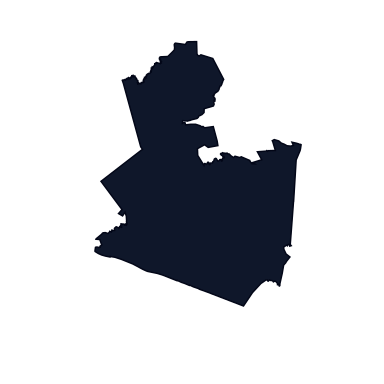 the district of Palsmanes pag., Smiltenes, Latvia, rotated 225°
{"feature_id": "27541924B2832200646893", "entity_name": "Palsmanes pag.", "entity_type": "district", "adm_level": 2, "iso_a3": "LVA", "parent_name": "Latvia", "parent_adm1": "Smiltenes", "projection": "orthographic", "projection_center": [26.198, 57.386], "detail": "fine", "context": "isolated", "style": "filled", "palette": "ink", "viewbox_px": 384, "rotation_deg": 225, "n_neighbors": 0, "source": "geoboundaries", "source_scale": "gbopen_adm2", "svg_char_len": 6030}
<svg xmlns="http://www.w3.org/2000/svg" viewBox="0 0 384 384"><g transform="rotate(225 192 192)"><path d="M75.0,147.8L78.1,163.6L78.6,176.1L78.1,178.6L77.5,182.1L76.9,182.7L76.7,183.0L75.4,182.7L75.1,182.8L75.0,183.3L75.1,184.2L75.0,184.6L73.7,185.1L72.8,186.0L72.1,186.2L70.9,186.0L70.5,187.7L70.0,187.6L68.7,188.2L68.1,187.9L67.3,187.9L66.2,187.1L66.2,187.8L65.9,188.0L63.9,187.2L63.7,187.3L63.7,187.9L65.0,189.3L70.7,198.3L75.5,205.1L75.7,208.3L76.1,209.5L76.8,215.3L81.7,214.7L86.7,216.5L88.3,218.1L87.4,221.5L86.6,221.5L87.1,222.6L86.7,223.3L86.4,223.5L84.6,222.8L83.9,224.2L85.6,224.4L85.7,224.7L114.3,258.0L114.2,258.0L141.0,288.3L144.8,297.6L145.7,299.1L148.3,302.6L148.8,302.5L150.3,301.4L150.9,301.3L152.9,300.2L156.5,297.9L153.2,296.6L154.7,294.2L157.5,291.9L160.6,291.0L163.5,289.7L166.7,289.5L170.9,287.2L171.5,285.0L170.5,284.7L162.4,280.3L167.3,275.1L167.3,274.2L168.4,274.2L168.5,273.3L174.2,266.7L165.5,264.1L169.9,255.8L167.6,256.2L169.7,254.3L173.8,254.9L173.8,255.0L182.1,251.7L182.3,250.9L182.8,250.0L186.9,247.7L187.0,245.7L190.3,245.1L192.5,245.2L193.7,244.3L194.8,244.3L195.3,243.0L196.3,242.8L196.4,241.5L196.6,241.3L197.1,241.3L197.6,241.7L198.1,241.5L198.3,240.4L198.8,239.8L198.8,239.3L198.7,239.0L197.4,238.8L195.8,239.2L194.9,238.7L194.6,239.0L194.6,239.7L193.8,239.6L193.6,239.3L193.5,238.9L194.1,237.5L193.8,236.6L194.1,235.8L192.9,235.8L192.7,235.2L192.8,234.8L193.1,234.7L194.6,235.1L195.0,235.0L195.2,234.6L195.0,233.3L195.4,232.3L195.7,232.1L198.5,232.8L199.2,232.4L199.5,231.2L199.3,230.7L198.6,229.5L198.5,228.9L198.7,228.1L198.6,227.9L198.0,227.4L198.0,227.1L199.9,224.9L199.6,224.6L198.8,224.6L198.6,224.2L199.0,223.7L200.1,223.6L200.5,223.7L200.6,224.0L201.4,224.6L201.8,224.4L201.8,223.8L201.4,222.4L201.5,221.7L202.8,221.4L203.3,220.9L202.3,219.2L213.8,221.9L218.8,226.5L216.5,234.3L212.1,235.0L206.5,243.1L210.2,245.8L223.2,253.3L228.5,246.3L230.6,246.1L231.2,245.0L233.1,244.6L237.4,242.4L240.7,239.1L244.0,235.0L246.1,236.1L247.0,235.1L247.0,234.1L247.3,233.6L249.0,235.6L249.0,236.0L245.2,239.1L245.0,239.8L244.0,241.2L243.3,242.9L240.6,247.3L240.4,247.9L240.4,249.4L240.9,250.4L240.8,251.1L240.5,251.4L239.7,253.8L239.7,256.7L242.3,259.5L237.7,268.0L238.5,269.8L239.7,270.4L240.7,271.8L240.4,271.8L240.1,272.6L240.3,272.7L240.6,272.4L241.2,272.5L241.0,273.4L241.5,273.5L241.5,274.1L242.3,274.5L243.2,274.3L243.4,274.5L243.6,274.4L244.1,274.8L245.1,275.0L245.0,275.4L245.2,275.9L244.9,276.2L245.5,276.9L245.4,277.8L245.7,278.6L245.6,278.8L245.7,279.0L245.4,279.2L245.3,279.6L245.6,279.9L245.4,280.4L245.0,280.8L244.9,281.3L245.2,282.2L245.3,283.1L245.7,284.1L246.2,284.5L246.4,285.5L247.1,286.4L246.6,287.7L246.8,288.0L246.9,288.4L247.1,288.6L247.0,289.0L247.7,289.5L247.7,289.9L247.6,290.1L248.1,290.8L248.1,291.3L248.4,291.6L249.1,293.5L249.2,294.0L271.7,301.1L282.7,295.3L283.1,293.2L284.5,292.7L286.2,293.2L295.1,301.6L300.8,295.7L301.6,294.5L301.0,291.6L308.9,285.6L309.1,285.3L309.1,284.5L308.7,283.6L306.3,281.7L304.9,279.9L304.9,271.1L305.2,270.4L309.6,265.6L310.1,264.7L309.9,263.9L309.5,263.4L309.3,263.7L309.1,263.7L308.6,262.9L308.3,263.0L308.0,263.4L307.8,263.1L307.8,262.7L307.3,262.9L307.1,262.8L306.9,262.4L306.4,262.6L306.2,262.1L305.9,262.2L306.1,261.7L305.6,261.7L305.6,261.1L305.2,261.1L305.5,260.7L305.2,260.3L308.7,258.4L308.6,258.0L308.0,257.9L308.0,257.6L308.8,257.4L308.7,257.0L309.1,256.4L308.6,255.9L308.0,254.9L308.2,252.7L307.5,252.5L307.7,252.0L307.7,251.6L308.4,251.8L308.2,251.3L307.8,251.2L308.3,250.7L307.1,250.1L307.3,249.5L307.0,249.0L307.0,248.9L306.7,248.8L306.6,248.3L306.2,248.7L305.7,248.0L305.9,247.8L305.7,246.1L306.4,245.6L306.6,244.1L306.9,244.0L306.9,242.5L306.7,242.3L306.5,242.7L306.4,242.6L306.5,241.9L306.0,241.6L306.3,241.1L305.6,240.7L306.2,240.4L306.4,240.0L305.4,240.0L306.3,238.8L306.2,238.4L305.9,238.3L305.6,238.6L305.3,238.5L305.8,237.9L305.6,236.8L305.3,236.4L304.2,236.4L303.9,236.2L303.7,235.9L303.7,235.2L304.3,235.1L304.5,235.0L304.3,234.3L305.2,233.7L305.3,233.5L304.8,233.1L304.9,232.7L304.7,232.3L305.1,232.2L305.6,231.5L306.5,231.5L306.2,230.5L306.6,229.9L307.2,230.4L307.2,230.9L307.6,230.9L307.8,230.6L308.1,230.7L308.2,231.1L307.9,231.3L307.8,231.6L308.6,231.8L308.9,232.4L309.4,232.5L310.4,232.3L311.1,232.5L311.3,232.3L311.6,232.6L311.6,233.0L312.5,233.0L313.4,233.3L313.7,232.9L314.2,233.0L314.4,232.7L314.7,233.4L315.1,232.9L315.6,232.8L315.6,232.4L314.8,232.1L315.4,231.5L316.3,232.5L316.5,231.8L316.8,231.6L316.4,231.1L316.4,230.6L316.0,230.7L316.4,230.1L315.7,229.4L316.3,229.0L316.4,228.5L315.9,228.4L315.8,228.0L316.2,227.8L316.8,228.4L317.0,227.8L317.4,227.9L317.2,227.2L317.9,227.5L318.0,226.9L317.5,225.9L317.8,225.7L318.4,225.8L318.4,224.7L318.2,224.6L318.2,224.1L319.0,224.1L319.2,223.4L319.7,222.7L319.7,222.4L320.3,222.0L320.3,221.7L317.2,220.2L260.2,187.7L257.2,187.2L263.9,135.2L229.1,130.1L228.7,124.8L224.2,126.0L225.1,130.4L221.4,128.5L217.9,125.4L217.5,124.8L215.3,123.4L215.2,123.1L215.9,123.5L216.1,123.3L215.3,122.4L215.6,122.0L215.4,121.8L215.6,121.6L216.1,121.8L216.0,121.4L216.3,120.9L217.1,121.3L217.4,121.2L218.3,120.3L218.1,119.8L218.3,119.5L218.6,119.5L218.9,119.9L219.7,119.3L219.5,119.0L218.6,118.7L218.8,117.9L218.4,117.4L217.0,117.6L216.8,117.3L217.1,116.9L218.2,116.7L218.7,116.4L218.0,115.1L217.8,114.6L217.9,114.4L219.1,114.6L221.0,113.8L221.1,113.4L221.0,112.8L221.2,111.8L221.1,111.4L219.7,110.4L219.5,110.1L220.3,109.2L221.7,108.4L220.8,107.2L220.8,106.6L222.2,106.2L222.0,105.9L222.2,105.7L222.0,104.9L222.0,103.3L224.6,102.0L226.0,100.3L226.2,99.4L226.0,98.4L226.7,91.2L226.5,90.7L223.6,93.2L218.3,90.7L218.7,88.6L217.9,87.9L218.9,86.6L219.5,86.5L220.5,85.6L220.9,85.2L221.1,84.6L219.1,81.9L218.5,81.4L214.7,82.3L211.3,83.6L207.9,85.5L204.1,88.0L204.5,88.4L200.3,91.4L194.2,94.5L182.9,99.3L172.0,102.6L168.5,103.9L167.2,104.5L159.0,109.9L154.3,112.4L139.8,118.7L139.9,119.1L135.7,120.6L132.7,122.1L127.8,124.1L127.9,124.5L124.0,125.9L118.5,128.6L118.2,128.4L117.6,128.7L108.5,133.0L106.3,133.9L75.0,147.8Z" fill="#0f172a" stroke="#020617" stroke-width="1.5"/></g></svg>